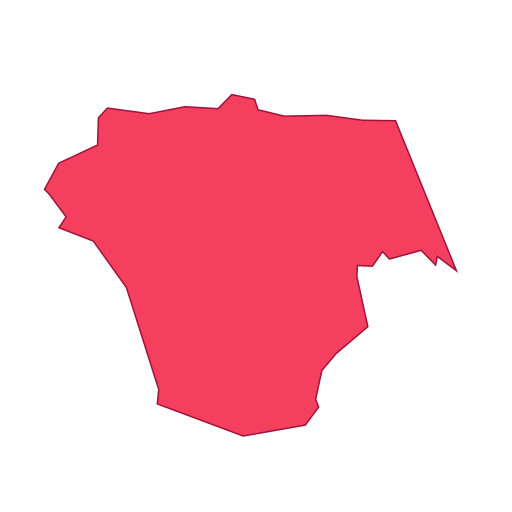 outline of Barbour, West Virginia, United States of America, rotated 258°
{"feature_id": "52423323B50280132213265", "entity_name": "Barbour", "entity_type": "district", "adm_level": 2, "iso_a3": "USA", "parent_name": "United States of America", "parent_adm1": "West Virginia", "projection": "orthographic", "projection_center": [-79.996, 39.125], "detail": "fine", "context": "isolated", "style": "filled", "palette": "rose", "viewbox_px": 512, "rotation_deg": 258, "n_neighbors": 0, "source": "geoboundaries", "source_scale": "gbopen_adm2", "svg_char_len": 631}
<svg xmlns="http://www.w3.org/2000/svg" viewBox="0 0 512 512"><g transform="rotate(258 256 256)"><path d="M131.8,128.7L82.6,206.0L80.4,269.1L95.2,285.9L103.5,284.6L130.3,296.6L143.8,313.9L163.6,350.7L215.1,350.4L225.6,353.2L221.8,367.8L234.0,380.7L225.3,385.9L227.2,418.7L209.8,429.8L217.8,433.3L199.9,449.0L359.3,420.6L366.7,388.2L378.9,354.3L386.9,312.8L398.6,288.4L409.6,287.2L418.9,265.9L408.0,249.5L416.8,217.5L417.4,181.0L431.6,141.4L423.9,130.6L397.5,124.1L387.8,82.3L365.2,63.0L359.4,66.6L333.8,78.4L324.6,69.1L304.4,100.0L252.0,122.7L145.6,133.1L131.8,128.7Z" fill="#f43f5e" stroke="#9f1239" stroke-width="1.5"/></g></svg>